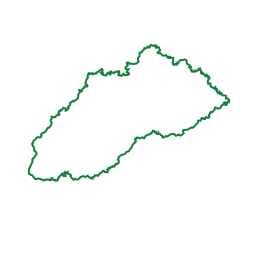 the district of Caracol, Mato Grosso do Sul, Brazil, rotated 206°
{"feature_id": "56859067B79798079212629", "entity_name": "Caracol", "entity_type": "district", "adm_level": 2, "iso_a3": "BRA", "parent_name": "Brazil", "parent_adm1": "Mato Grosso do Sul", "projection": "natural_earth1", "projection_center": [-57.105, -21.905], "detail": "fine", "context": "isolated", "style": "outline", "palette": "green", "viewbox_px": 256, "rotation_deg": 206, "n_neighbors": 0, "source": "geoboundaries", "source_scale": "gbopen_adm2", "svg_char_len": 5893}
<svg xmlns="http://www.w3.org/2000/svg" viewBox="0 0 256 256"><g transform="rotate(206 128 128)"><path d="M167.3,170.4L167.4,168.4L168.2,168.2L168.8,168.8L169.5,168.4L170.3,168.8L170.8,166.9L170.4,165.8L173.0,164.9L173.9,164.9L174.3,165.6L175.1,165.0L176.3,165.7L175.6,166.1L175.2,166.9L176.2,167.6L176.0,168.6L176.8,169.4L177.6,169.4L179.4,165.5L180.8,164.1L180.3,163.3L181.0,162.6L182.4,162.0L183.1,160.8L183.8,160.8L184.2,161.5L185.9,160.0L186.6,160.4L187.4,160.0L187.4,159.1L186.7,158.9L187.2,158.2L187.0,156.7L186.1,155.6L186.6,152.7L185.9,149.6L185.2,149.1L183.6,148.8L182.9,148.3L182.8,147.5L183.9,146.7L184.9,146.8L185.3,146.1L185.2,144.3L185.9,143.6L185.7,140.7L186.2,140.1L187.0,140.9L188.0,141.1L188.5,140.8L188.2,140.2L187.4,140.0L186.9,139.1L187.4,136.4L186.5,134.5L186.1,132.6L188.3,128.1L189.2,128.4L191.1,125.0L190.4,124.3L190.2,123.2L191.1,121.2L191.0,120.3L190.2,120.1L190.0,119.3L190.8,117.2L191.6,116.3L192.5,118.2L195.1,117.7L195.1,115.6L196.3,114.9L196.1,114.0L196.5,113.3L197.2,113.3L197.4,112.4L197.0,111.8L197.0,110.8L196.3,110.9L195.6,110.2L196.1,109.1L196.9,108.9L198.0,107.6L197.9,106.5L198.2,105.8L201.4,104.7L200.6,104.1L201.1,101.5L201.0,100.8L198.9,99.3L198.6,98.3L198.6,95.4L199.2,94.4L199.1,93.6L199.9,93.3L200.2,92.6L200.6,88.4L203.0,85.3L203.3,84.5L203.0,83.6L202.4,83.2L202.2,82.0L202.6,81.1L205.2,80.1L205.7,79.3L207.3,74.6L206.9,72.6L207.3,71.9L205.9,70.3L205.0,70.1L203.5,68.6L202.4,66.6L199.6,65.9L198.8,64.6L199.3,60.7L200.3,57.9L199.6,57.2L199.0,54.8L198.9,47.5L197.0,43.5L194.5,43.3L193.7,43.6L188.9,41.4L186.2,43.4L182.0,44.1L181.2,43.8L180.3,44.1L180.0,45.2L178.3,45.9L177.6,46.7L175.1,46.8L174.5,47.3L175.1,48.1L174.9,49.1L174.2,49.7L172.1,48.6L170.9,49.4L170.1,48.8L168.4,49.9L168.4,50.7L168.9,51.6L168.5,52.2L168.7,53.8L168.1,54.4L168.1,55.5L167.5,56.5L167.4,57.6L166.9,58.3L166.2,56.9L164.6,56.6L163.0,57.6L163.5,58.2L164.7,58.7L165.2,59.7L165.2,60.9L164.0,60.5L163.0,61.8L162.7,60.5L160.4,60.8L158.6,60.5L158.6,59.4L157.2,58.6L154.2,57.6L153.3,59.3L152.0,59.0L150.7,59.6L149.6,61.4L149.2,63.2L148.0,64.1L147.3,65.2L144.7,65.3L143.6,67.3L141.8,67.1L141.2,66.6L140.4,66.8L138.7,66.6L138.0,66.9L138.9,67.4L138.6,68.1L137.4,68.7L136.9,69.4L137.1,70.9L136.2,71.0L135.6,71.7L134.1,71.8L134.0,72.7L133.4,73.6L133.5,74.9L132.4,76.2L131.7,78.4L131.0,79.0L129.7,78.2L127.0,79.2L127.4,79.8L127.4,81.3L128.1,81.5L127.4,82.1L128.0,83.2L127.4,84.0L126.5,84.0L126.1,85.7L125.3,85.8L124.8,87.2L124.2,86.9L123.4,87.4L123.4,90.0L122.6,90.2L122.5,90.9L121.7,91.1L121.2,93.0L122.0,94.6L123.3,95.1L123.1,96.2L123.6,98.0L121.9,101.1L119.6,102.9L118.8,106.0L117.3,107.2L116.9,108.1L116.8,110.8L116.3,111.4L116.5,114.5L115.7,117.4L115.1,118.3L115.0,119.4L115.9,119.7L116.7,121.3L115.8,121.8L116.1,122.8L115.7,123.4L114.6,123.8L113.1,123.7L110.9,126.0L109.1,125.7L108.7,128.6L104.8,133.2L104.7,134.8L104.2,135.6L104.4,136.4L103.0,136.7L102.4,135.9L101.7,136.0L101.1,136.7L99.8,135.4L99.0,135.4L98.1,135.8L98.4,136.8L97.7,136.3L96.9,136.7L95.3,136.0L93.9,136.1L93.0,134.8L92.0,134.8L90.6,137.2L89.1,137.4L88.8,138.3L88.2,138.6L87.6,140.2L85.5,142.2L83.1,142.8L81.5,142.0L79.3,144.5L78.5,144.0L77.0,144.5L75.7,147.8L77.5,149.7L77.2,150.5L73.4,152.9L72.3,154.9L71.5,155.5L71.0,156.4L70.0,156.6L69.4,157.6L68.0,162.1L67.5,163.0L68.2,165.3L67.1,166.1L66.2,166.2L65.9,167.3L66.2,169.1L65.6,169.6L64.1,169.9L63.8,169.2L63.1,169.4L62.6,170.2L62.9,171.0L62.5,172.2L60.5,172.1L59.9,173.0L59.8,173.8L61.1,174.9L60.4,176.7L60.9,177.7L60.8,178.5L59.3,178.9L58.2,182.5L58.7,184.0L58.3,184.9L56.4,184.7L54.3,185.6L53.6,187.0L53.9,189.0L52.4,191.2L52.9,192.2L52.7,193.0L52.3,193.5L51.4,193.6L51.1,191.7L50.5,191.4L49.7,191.8L50.0,192.5L49.7,193.2L50.0,195.1L49.6,195.9L48.7,195.6L48.8,196.4L49.9,197.9L51.3,198.2L52.9,197.4L53.8,199.7L55.1,199.8L57.6,198.7L58.9,200.0L59.9,198.8L60.6,199.4L62.6,198.7L63.7,199.9L64.4,199.9L64.4,200.7L65.3,201.9L66.5,200.9L67.4,201.4L66.8,202.3L67.4,203.0L68.1,201.6L68.9,201.2L70.5,201.7L71.1,201.4L72.4,202.2L73.2,202.8L73.0,203.7L73.5,204.1L75.3,203.1L75.3,203.8L76.3,204.2L77.0,205.1L76.6,208.4L77.7,208.0L78.3,208.6L77.7,209.1L78.0,209.8L78.7,209.7L79.2,209.0L80.2,209.0L80.1,209.8L80.7,210.4L81.3,209.8L81.4,208.6L83.7,209.8L84.6,209.2L85.1,210.1L85.5,209.5L86.3,209.4L86.0,210.3L87.0,210.5L87.3,211.4L88.1,211.6L89.3,213.2L90.5,212.0L90.0,211.2L90.5,210.3L91.2,209.9L91.4,209.0L92.1,209.3L92.8,209.0L92.7,208.2L93.2,207.5L95.2,206.8L95.4,207.9L96.2,207.3L97.7,208.5L98.3,209.5L98.1,210.5L98.7,210.6L98.9,209.8L99.7,209.5L99.6,210.6L99.9,211.3L103.3,211.7L104.9,214.1L106.0,214.6L107.0,214.5L108.8,212.9L110.7,212.0L111.3,210.1L111.3,209.0L112.1,208.6L111.6,207.7L111.6,206.6L112.4,206.4L113.0,207.0L113.6,206.4L114.1,204.8L115.8,205.3L116.5,206.2L116.2,207.2L117.9,209.6L118.1,210.8L119.0,210.3L121.0,210.3L120.8,209.4L121.6,209.0L121.9,209.9L122.9,209.9L123.5,208.7L125.6,210.2L127.7,208.6L128.7,208.4L131.7,209.4L133.6,208.4L134.5,208.8L133.1,211.8L134.6,213.0L135.3,213.9L137.0,214.0L137.3,212.8L137.9,212.5L138.6,214.1L139.2,214.6L139.9,214.1L139.9,213.3L141.1,213.5L142.2,212.6L143.1,212.8L144.0,212.5L144.2,211.7L143.9,210.0L144.3,209.4L146.0,209.8L146.4,207.9L146.8,207.3L148.3,207.0L148.1,204.9L149.1,203.2L148.9,202.1L150.6,200.7L149.1,197.6L149.7,195.8L149.3,194.2L147.7,192.4L148.7,189.6L151.3,187.8L153.1,187.4L154.5,186.5L155.1,186.5L155.6,187.0L157.0,186.9L157.5,185.7L155.7,184.1L156.6,182.1L156.7,180.8L155.8,180.2L154.2,180.4L153.3,180.9L153.7,177.8L151.2,177.6L150.7,177.0L151.5,176.3L151.5,175.5L152.9,175.0L154.2,174.0L154.9,174.1L155.7,174.9L156.2,174.1L156.3,172.5L156.9,171.9L158.4,171.9L159.6,171.1L160.1,171.7L159.2,172.5L160.4,173.5L160.3,174.3L160.6,174.9L161.2,175.1L161.9,174.5L162.2,173.6L163.6,173.5L164.7,171.2L165.7,171.4L167.3,170.4ZM167.3,170.4L167.9,171.3L168.7,170.9L168.5,170.2L167.3,170.4ZM60.6,199.4L60.4,200.3L61.4,200.6L61.1,199.9L60.6,199.4Z" fill="none" stroke="#15803d" stroke-width="2"/></g></svg>